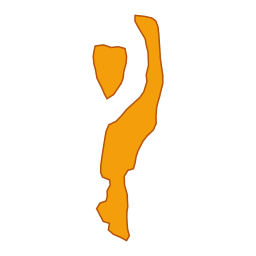 Cabedelo, Paraíba, Brazil (Mercator projection)
{"feature_id": "56859067B69424996803869", "entity_name": "Cabedelo", "entity_type": "district", "adm_level": 2, "iso_a3": "BRA", "parent_name": "Brazil", "parent_adm1": "Paraíba", "projection": "mercator", "projection_center": [-34.848, -7.032], "detail": "fine", "context": "isolated", "style": "filled", "palette": "amber", "viewbox_px": 256, "rotation_deg": 0, "n_neighbors": 0, "source": "geoboundaries", "source_scale": "gbopen_adm2", "svg_char_len": 1217}
<svg xmlns="http://www.w3.org/2000/svg" viewBox="0 0 256 256"><path d="M102.5,177.1L109.6,179.9L110.2,184.9L107.1,190.8L107.3,196.4L106.0,201.0L99.9,203.1L96.6,208.7L99.9,215.0L103.2,221.4L109.4,223.3L108.3,229.8L113.3,234.2L120.4,237.3L126.6,240.6L129.3,235.8L127.6,229.2L127.1,223.1L126.8,216.8L126.9,211.9L127.8,206.5L127.4,200.5L127.3,194.8L125.8,189.6L124.5,184.7L124.2,176.4L127.9,170.3L133.4,168.8L135.1,162.8L136.1,156.7L138.0,150.9L142.9,141.3L147.0,136.0L153.4,129.9L156.2,123.4L156.0,116.0L156.7,107.2L158.0,101.9L159.5,97.0L160.6,92.1L162.8,83.5L162.8,75.3L161.8,68.7L160.3,58.1L159.8,49.3L159.3,42.3L158.8,34.3L158.0,27.0L155.7,20.8L151.8,18.0L144.7,16.4L135.1,15.4L134.9,20.8L137.7,26.3L145.2,38.9L146.4,45.7L148.0,52.2L148.5,65.2L146.2,74.8L146.9,81.7L143.9,91.5L140.0,97.3L132.6,104.0L126.9,109.2L121.5,115.7L116.1,121.3L108.8,124.8L106.0,131.7L104.8,138.8L102.4,153.9L100.9,164.7L100.6,172.2L102.5,177.1ZM103.5,44.9L95.2,46.0L94.0,51.3L93.2,56.6L94.0,64.1L95.5,69.8L97.0,78.3L99.1,82.5L102.2,88.7L104.3,93.6L107.0,98.8L113.7,94.5L117.8,88.4L121.2,83.3L123.2,77.8L123.8,71.6L126.1,63.3L126.6,56.6L125.0,48.5L118.1,46.7L111.2,47.5L103.5,44.9Z" fill="#f59e0b" stroke="#b45309" stroke-width="1.5"/></svg>